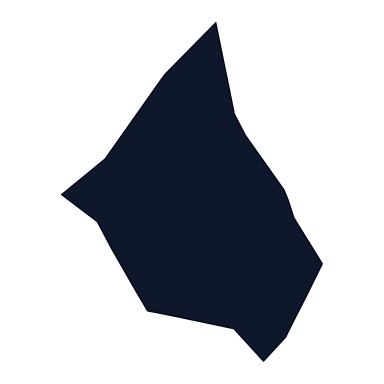 outline of Frei Paulo, Sergipe, Brazil
{"feature_id": "56859067B9172708729961", "entity_name": "Frei Paulo", "entity_type": "district", "adm_level": 2, "iso_a3": "BRA", "parent_name": "Brazil", "parent_adm1": "Sergipe", "projection": "natural_earth1", "projection_center": [-37.581, -10.508], "detail": "fine", "context": "isolated", "style": "filled", "palette": "ink", "viewbox_px": 384, "rotation_deg": 0, "n_neighbors": 0, "source": "geoboundaries", "source_scale": "gbopen_adm2", "svg_char_len": 437}
<svg xmlns="http://www.w3.org/2000/svg" viewBox="0 0 384 384"><path d="M61.8,194.6L97.4,221.6L111.6,248.5L138.1,294.7L147.7,310.8L158.7,312.9L177.3,316.7L233.9,328.6L263.5,361.0L285.6,337.0L289.0,330.0L296.1,315.9L306.5,295.6L322.2,263.8L303.2,233.1L293.8,217.8L288.0,200.0L283.9,189.9L245.3,135.4L234.2,113.9L228.9,87.6L215.7,23.0L165.4,74.0L161.7,78.9L105.2,159.0L61.8,194.6Z" fill="#0f172a" stroke="#020617" stroke-width="1.5"/></svg>